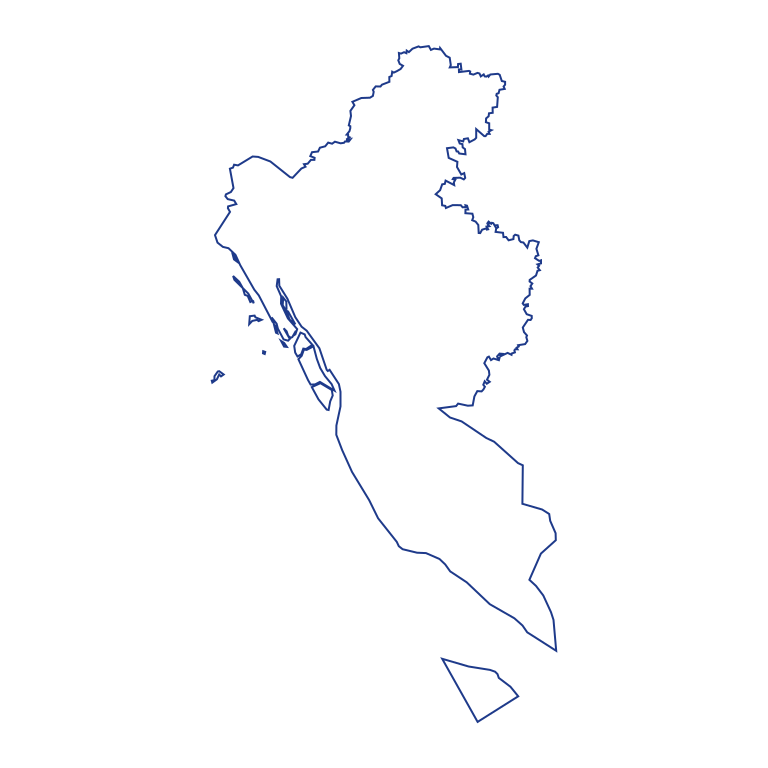 Lakshmipur, Chittagong, Bangladesh
{"feature_id": "16705992B31973889793084", "entity_name": "Lakshmipur", "entity_type": "district", "adm_level": 2, "iso_a3": "BGD", "parent_name": "Bangladesh", "parent_adm1": "Chittagong", "projection": "albers", "projection_center": [90.887, 22.836], "detail": "fine", "context": "isolated", "style": "outline", "palette": "blue", "viewbox_px": 768, "rotation_deg": 0, "n_neighbors": 0, "source": "geoboundaries", "source_scale": "gbopen_adm2", "svg_char_len": 6074}
<svg xmlns="http://www.w3.org/2000/svg" viewBox="0 0 768 768"><path d="M215.0,235.1L217.5,242.6L222.9,246.9L228.5,248.2L235.5,254.9L240.2,265.1L254.3,289.7L258.8,295.4L272.6,321.9L274.7,323.4L271.6,317.4L276.6,323.7L277.9,328.7L283.6,339.4L288.1,340.7L289.8,338.9L283.7,328.3L286.6,331.3L288.2,335.9L290.8,337.8L292.3,337.1L295.9,330.8L294.5,334.9L295.4,334.3L297.2,329.1L287.9,318.4L281.0,303.7L281.2,296.4L276.7,286.1L277.6,279.3L279.1,279.2L279.3,285.7L287.4,298.7L295.3,317.2L301.6,326.7L306.7,330.7L319.4,348.3L326.7,369.8L327.8,371.0L329.6,369.8L338.9,384.1L340.5,391.8L340.5,406.4L336.4,425.5L336.3,434.8L342.2,450.2L352.0,471.9L369.2,500.2L378.1,518.3L396.8,541.9L398.8,546.2L402.6,549.2L417.0,552.7L426.0,553.1L439.5,559.0L445.2,564.4L450.2,571.4L466.7,582.3L489.8,604.2L514.4,618.3L522.5,625.5L527.2,632.3L556.2,650.8L553.5,619.9L551.0,612.2L543.3,595.5L536.0,585.9L529.4,579.8L540.9,553.6L555.8,540.2L555.6,533.2L550.2,520.8L549.2,514.0L542.1,509.5L522.4,503.8L522.8,465.3L518.0,463.1L494.1,441.7L486.3,438.0L461.6,421.4L450.0,417.5L438.7,408.4L456.1,406.1L458.1,403.6L467.8,405.7L472.7,405.4L474.4,396.4L477.3,391.1L481.6,391.4L483.4,389.5L484.9,386.8L483.3,384.8L484.7,381.3L486.8,383.7L489.7,381.8L487.0,379.7L489.4,374.8L488.9,370.6L484.3,363.2L487.4,357.3L488.9,356.6L491.0,360.1L493.5,358.5L498.9,360.2L499.5,357.9L497.7,358.0L497.1,356.4L499.6,353.6L501.9,353.8L500.0,355.2L500.4,356.3L507.6,352.9L511.5,354.8L511.7,353.5L514.9,352.4L514.4,350.3L515.3,349.2L517.5,349.3L516.6,347.7L518.7,346.5L518.1,345.2L525.1,344.1L527.4,340.9L526.3,337.2L527.0,335.5L524.0,332.1L522.8,327.5L528.0,319.8L530.6,320.0L531.8,318.2L531.7,315.9L526.7,314.2L523.9,309.2L525.5,306.6L528.0,306.1L527.9,304.2L523.8,304.9L522.7,303.4L525.3,298.4L529.7,294.9L529.6,288.7L532.0,288.7L530.5,286.1L532.3,283.5L529.6,281.5L529.7,279.9L536.0,275.5L537.5,270.8L539.8,270.2L537.7,267.5L539.1,265.8L537.5,264.4L541.0,263.4L541.0,260.3L539.2,260.9L535.0,258.2L535.8,256.2L538.4,255.3L536.4,248.8L538.8,242.2L532.9,240.4L529.3,241.1L527.3,247.6L523.4,242.5L520.9,242.1L519.3,240.3L518.4,235.6L515.2,234.7L513.7,236.0L513.4,239.1L508.6,240.3L506.1,237.0L503.5,237.1L503.0,232.8L495.6,231.9L496.2,228.5L498.1,227.2L497.6,225.2L495.6,225.3L495.4,226.8L493.3,223.2L491.9,222.8L491.2,223.8L488.6,221.6L487.6,223.0L489.3,223.4L487.9,224.8L489.3,226.2L486.6,226.6L488.1,229.3L486.8,229.6L486.2,228.4L482.1,229.7L480.2,233.1L478.7,233.0L478.3,225.0L475.6,221.6L472.2,220.2L473.3,217.2L472.4,213.7L465.4,213.2L465.5,209.6L468.2,209.5L467.0,205.7L465.5,205.3L465.9,207.0L462.6,207.3L460.8,205.2L452.7,205.1L445.9,208.0L445.3,205.9L442.1,205.3L441.7,198.4L435.7,194.2L440.1,190.2L442.2,184.3L444.8,183.9L445.6,180.6L454.2,185.1L453.8,182.5L455.3,179.7L452.8,179.1L453.6,177.9L460.3,177.7L463.8,179.4L465.2,177.9L464.2,173.1L461.3,174.5L457.0,167.0L457.4,161.8L448.7,157.9L447.0,148.2L453.4,147.4L455.5,148.5L456.6,151.4L458.1,151.5L459.2,153.5L465.5,154.3L465.0,149.1L462.7,147.4L462.4,144.1L459.7,143.5L458.4,140.1L463.2,141.4L463.9,139.0L467.9,138.3L469.4,142.2L474.7,139.4L476.2,137.8L476.2,129.1L484.2,136.1L485.6,136.1L487.2,133.9L489.6,133.9L488.6,131.7L491.4,130.2L489.2,129.6L489.2,123.3L485.9,122.2L486.1,118.4L488.6,116.3L489.0,113.3L492.7,112.8L492.6,107.6L497.1,106.9L497.8,97.2L496.3,95.5L496.7,93.8L498.6,93.2L499.5,89.8L504.7,88.9L503.6,86.5L505.1,84.7L505.1,81.8L501.8,81.0L499.7,74.8L497.9,73.8L490.3,74.5L488.6,76.6L488.0,75.5L486.4,76.6L484.7,76.4L483.7,74.4L480.8,76.4L479.5,73.5L477.5,72.9L473.4,74.6L469.9,73.7L470.2,71.5L469.0,70.9L459.0,72.1L458.9,69.4L461.4,69.5L460.7,63.7L458.1,64.0L457.9,67.1L449.8,67.4L450.8,65.1L449.7,57.7L446.0,55.8L440.1,48.0L439.9,49.4L434.0,48.6L430.9,49.9L428.8,46.1L420.3,47.3L418.6,46.4L412.5,48.7L408.9,52.1L406.7,50.6L406.4,53.2L404.1,52.2L401.0,53.6L398.9,53.0L399.3,58.3L398.3,60.3L399.7,63.9L403.0,65.8L400.6,69.0L396.8,71.2L393.8,72.6L392.2,71.7L391.6,76.0L389.3,77.0L389.4,81.8L381.9,84.7L380.5,86.5L375.7,86.4L372.9,89.9L373.7,91.8L372.9,95.9L370.0,97.7L361.3,98.0L352.4,101.8L354.4,105.2L350.4,110.9L351.0,116.0L348.8,125.4L350.3,126.2L350.3,128.1L349.5,131.1L346.7,134.6L348.1,134.7L348.2,136.7L349.6,137.3L346.9,139.1L347.0,140.5L350.4,139.4L348.7,141.6L345.1,141.4L344.0,142.8L340.6,143.3L334.9,141.7L332.1,143.7L328.2,142.6L325.2,146.3L319.9,147.7L318.1,151.5L312.0,152.2L310.3,156.1L314.6,157.8L314.4,159.9L310.9,159.9L307.7,163.7L304.0,164.2L305.5,166.7L301.4,168.5L292.6,177.8L290.0,177.1L270.4,161.5L258.2,156.9L252.6,156.5L238.0,165.4L234.1,164.7L233.0,167.6L229.9,168.7L233.5,188.1L230.9,192.0L225.9,194.4L225.4,196.2L227.7,199.1L234.2,200.6L236.3,204.1L228.1,206.4L227.9,208.2L230.0,211.9L215.0,235.1ZM477.6,721.9L518.2,696.3L510.5,686.8L498.8,677.9L497.5,674.1L495.1,671.7L490.0,669.9L468.6,666.5L442.2,658.8L477.6,721.9ZM316.8,358.8L313.5,346.3L306.7,349.9L303.9,349.6L301.7,355.8L298.4,359.2L308.0,380.0L310.6,384.6L315.1,384.4L319.9,381.9L334.5,390.6L331.6,384.1L325.0,376.1L320.2,368.0L316.8,358.8ZM328.6,410.0L330.2,401.4L332.7,395.5L331.8,390.0L320.4,383.2L311.8,387.1L318.5,399.4L326.7,409.6L328.6,410.0ZM306.1,349.0L312.4,344.8L305.6,337.1L304.7,334.4L300.5,332.6L294.2,345.9L295.2,352.6L297.5,356.5L301.2,354.3L303.3,348.6L306.1,349.0ZM249.8,316.2L249.2,324.2L252.3,320.9L257.0,319.9L258.6,321.1L261.6,319.8L255.4,317.3L254.6,315.6L249.8,316.2ZM212.3,382.6L216.9,379.3L219.2,374.5L221.0,376.4L223.7,374.5L219.2,371.2L217.8,371.5L214.5,376.2L214.4,380.2L211.8,380.7L212.3,382.6ZM252.4,301.0L248.3,293.6L242.8,288.1L244.8,294.8L247.7,295.9L250.3,302.0L252.4,301.0ZM286.5,308.7L286.3,301.5L283.2,297.6L282.7,305.2L284.9,308.7L286.5,308.7ZM295.3,324.3L288.1,311.5L285.9,310.4L289.7,319.7L295.3,324.3ZM242.8,288.1L239.2,281.7L233.1,276.0L234.4,279.8L242.8,288.1ZM286.9,346.9L284.2,343.0L281.1,341.0L284.1,346.6L286.9,346.9ZM277.5,333.4L275.2,325.6L274.0,324.7L276.0,332.7L277.5,333.4ZM237.0,261.6L234.3,255.5L232.7,254.5L234.0,259.4L237.0,261.6ZM264.7,354.0L265.2,351.9L263.2,351.2L263.0,353.3L264.7,354.0ZM253.7,303.3L253.2,301.1L252.9,300.9L252.4,301.0L253.7,303.3Z" fill="none" stroke="#1e3a8a" stroke-width="2"/></svg>